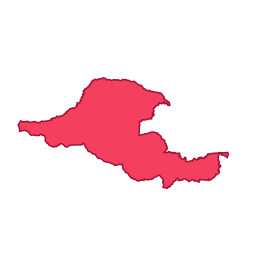 Paulesti, Vrancea, Romania, rotated 22°
{"feature_id": "2599482B74824267057169", "entity_name": "Paulesti", "entity_type": "district", "adm_level": 2, "iso_a3": "ROU", "parent_name": "Romania", "parent_adm1": "Vrancea", "projection": "robinson", "projection_center": [26.578, 45.893], "detail": "fine", "context": "isolated", "style": "filled", "palette": "rose", "viewbox_px": 256, "rotation_deg": 22, "n_neighbors": 0, "source": "geoboundaries", "source_scale": "gbopen_adm2", "svg_char_len": 5933}
<svg xmlns="http://www.w3.org/2000/svg" viewBox="0 0 256 256"><g transform="rotate(22 128 128)"><path d="M186.6,169.5L187.0,168.9L187.1,167.8L187.7,167.7L187.5,167.4L187.7,167.0L188.3,167.0L189.0,166.3L188.8,165.3L189.3,164.7L189.5,164.0L190.3,163.4L190.0,162.4L190.4,161.1L190.2,160.9L191.8,159.0L192.0,158.3L191.8,158.1L192.6,155.9L194.0,156.8L194.2,157.8L194.9,157.8L196.4,156.5L197.3,156.5L199.0,154.3L199.8,153.9L201.9,154.2L202.9,154.0L204.6,154.9L205.4,153.6L207.5,151.6L208.6,151.3L209.3,152.4L211.7,151.4L212.7,151.4L213.3,151.7L214.0,151.5L213.7,151.1L213.8,150.3L213.6,149.9L214.0,149.9L214.0,149.6L213.6,149.6L213.5,149.3L214.7,149.1L215.3,148.4L216.8,147.8L218.8,147.5L219.3,147.1L222.1,146.4L221.7,146.0L221.7,145.2L223.7,145.5L224.6,144.2L225.0,143.0L226.4,141.7L226.9,139.4L226.9,138.6L227.4,138.3L226.9,138.0L228.5,137.0L229.0,136.4L229.4,134.8L228.2,134.0L228.6,133.6L228.4,133.2L227.2,133.1L227.4,131.7L227.3,130.9L227.8,130.0L227.0,129.7L227.3,129.2L227.8,129.4L228.3,128.7L227.5,128.0L225.9,128.0L225.8,126.4L225.2,124.9L223.9,124.2L222.4,120.6L222.4,116.9L223.8,117.2L224.8,118.0L227.3,117.5L229.0,117.6L231.0,118.3L230.9,114.9L229.7,113.3L226.0,115.2L221.7,116.7L220.0,118.0L217.9,118.8L214.1,120.9L212.7,122.3L212.6,121.4L212.3,122.4L211.7,122.3L211.6,122.5L211.8,123.1L211.4,123.9L211.3,125.2L210.6,125.2L210.2,125.7L210.6,126.4L209.0,127.5L209.3,127.8L207.6,128.4L207.1,127.7L206.2,128.8L205.9,128.4L205.6,128.6L205.8,129.0L204.6,129.2L204.7,129.6L204.4,130.0L205.2,130.5L203.9,131.3L204.0,131.6L203.7,132.0L201.3,131.4L201.1,131.9L200.5,131.8L200.5,132.6L199.8,133.7L200.3,134.3L200.2,134.6L199.1,134.7L195.9,136.8L194.2,137.4L193.5,136.6L193.8,135.7L192.8,134.6L192.6,133.9L191.4,134.1L191.7,135.7L191.1,136.3L189.2,136.5L187.8,135.7L188.0,135.4L187.6,135.1L186.8,135.0L186.9,134.7L185.9,135.1L186.0,132.9L184.9,132.1L181.9,133.7L181.2,133.2L180.3,133.4L179.9,134.0L179.1,133.9L179.1,134.7L178.3,134.3L177.3,134.7L176.3,134.4L175.7,134.8L174.9,134.6L174.9,135.1L174.3,135.1L174.2,135.5L173.5,135.9L173.3,136.4L171.9,136.5L170.8,137.0L172.2,132.4L171.5,132.0L171.5,130.9L170.1,130.2L170.1,129.8L169.7,129.6L169.3,128.6L167.6,127.8L166.9,126.1L165.4,125.4L164.4,125.3L163.9,125.6L163.1,125.3L163.0,124.7L162.3,124.3L161.7,123.3L157.7,122.2L157.6,121.7L157.3,121.5L155.7,122.0L153.4,122.1L151.5,122.9L147.9,125.9L146.3,127.0L145.8,127.0L145.6,127.5L143.3,129.1L141.0,130.5L140.4,129.5L138.8,124.2L137.9,122.0L138.0,121.4L137.6,120.2L136.1,118.4L136.3,117.6L136.5,117.3L137.2,117.5L137.8,117.0L138.0,115.8L138.4,115.6L138.0,115.3L139.0,114.6L140.8,114.2L144.1,111.7L146.5,110.6L146.5,110.2L145.6,109.4L146.8,107.5L145.9,106.5L147.2,106.3L147.3,106.0L146.8,105.4L145.2,104.8L145.6,104.3L145.9,103.0L145.0,102.3L145.1,101.8L144.5,100.8L144.9,100.3L144.4,99.9L144.8,98.8L145.3,98.5L145.2,97.8L145.8,97.2L145.9,96.5L147.6,95.5L147.4,94.6L148.1,93.6L147.7,93.0L149.8,93.0L150.5,92.6L150.6,92.1L151.2,92.2L151.6,90.5L152.7,91.1L153.2,91.8L153.9,91.5L153.9,90.8L154.5,90.2L156.1,91.6L156.2,92.0L156.6,92.1L158.2,91.3L157.8,90.4L156.6,88.9L155.3,88.3L153.6,88.2L151.2,87.5L149.8,87.6L150.2,86.2L149.8,85.7L145.7,83.4L144.6,83.5L144.6,84.0L142.1,83.8L140.9,84.5L137.4,84.9L136.2,85.4L134.1,85.1L134.0,85.6L133.6,85.8L132.6,85.6L130.3,86.2L129.1,85.4L127.7,85.8L125.4,83.9L124.5,83.9L124.0,83.5L122.6,83.9L120.8,83.8L116.4,82.4L113.0,84.0L111.1,83.5L109.2,84.2L108.5,83.7L107.6,84.3L104.8,85.0L104.0,86.6L102.7,87.0L100.3,87.1L99.5,88.0L98.5,87.9L95.8,89.1L95.1,90.1L92.7,90.0L89.7,91.4L88.7,90.4L86.2,90.8L84.4,92.7L83.4,92.8L82.3,94.1L81.2,94.4L81.0,95.1L79.0,95.2L78.5,96.8L77.8,96.9L77.9,97.2L76.8,98.4L77.2,99.5L76.8,100.2L76.8,101.5L76.0,102.0L76.7,104.0L75.6,104.4L75.5,105.3L74.8,106.2L74.6,107.4L73.6,107.7L73.0,109.5L72.8,111.0L74.1,111.4L74.1,112.2L73.4,113.5L74.0,113.4L74.4,113.7L74.0,114.0L74.1,115.2L73.8,116.0L74.1,116.6L73.3,117.2L74.0,117.9L74.0,118.4L73.9,119.2L73.3,119.6L74.2,120.6L73.7,121.3L73.5,122.5L73.7,123.0L71.4,124.0L72.2,124.7L71.6,126.1L72.4,126.5L72.0,126.7L71.9,128.1L70.3,130.2L69.4,130.0L68.6,130.5L68.5,131.1L66.7,132.1L66.7,133.3L65.8,134.3L65.8,135.1L65.1,135.5L64.8,136.3L65.4,137.1L64.6,137.4L64.6,137.8L63.9,138.2L63.6,138.9L63.8,139.4L63.3,140.5L62.5,140.9L62.5,141.6L60.4,142.3L59.8,143.6L57.7,143.6L57.4,145.1L57.1,145.2L56.8,145.9L56.3,145.8L55.7,146.3L55.7,146.7L55.1,146.7L53.7,147.9L54.2,148.7L53.4,148.9L53.7,149.4L53.6,149.8L52.8,149.9L52.6,150.4L50.8,151.3L49.9,152.4L48.5,152.6L48.0,153.4L45.4,153.9L45.1,154.6L44.3,155.3L44.2,155.8L42.6,156.9L39.9,156.8L38.5,157.2L36.8,158.5L34.5,159.6L32.2,159.4L29.8,161.0L29.0,161.1L28.5,161.8L25.8,161.5L25.0,166.3L25.8,167.3L27.1,168.0L28.1,170.6L28.7,171.1L28.8,171.6L33.3,168.7L34.3,168.9L35.0,168.5L36.9,169.2L37.6,169.1L39.5,170.7L40.9,171.0L42.4,170.1L45.5,169.4L47.1,168.9L47.5,168.3L48.6,168.2L48.9,167.3L49.7,166.4L51.2,166.8L53.5,166.4L55.2,168.3L56.1,171.1L57.0,171.3L58.7,172.5L60.1,172.6L61.5,173.6L64.9,173.6L66.6,173.4L67.6,172.2L68.5,172.2L69.2,170.6L70.4,170.2L70.4,168.9L71.3,167.9L73.0,167.4L74.9,167.9L76.9,168.9L79.1,168.2L80.0,166.5L81.0,165.5L87.9,162.3L90.5,161.5L92.0,160.2L92.0,159.3L93.2,158.9L95.9,161.8L97.7,162.7L100.0,164.5L100.5,164.6L101.4,164.0L105.2,165.2L107.4,164.8L111.2,167.2L115.4,166.7L118.1,167.9L121.4,167.6L122.5,167.0L126.3,167.2L127.5,166.8L129.6,167.6L131.9,166.4L133.2,165.0L134.3,164.9L136.4,163.7L136.7,164.0L136.6,164.7L138.0,166.3L138.4,167.6L142.1,169.6L142.4,170.1L144.6,169.9L147.7,172.2L150.2,173.3L151.7,172.8L152.5,173.3L154.1,173.0L156.5,173.6L157.8,173.1L159.1,171.7L160.6,171.1L161.4,170.2L162.2,170.5L162.0,169.7L162.4,169.6L162.2,169.8L162.5,169.9L163.1,169.0L165.2,168.9L169.1,166.6L170.3,165.5L170.7,164.1L172.8,162.3L173.2,161.4L174.5,160.2L175.6,160.3L177.0,161.3L179.3,162.1L180.3,164.0L180.8,164.2L180.4,165.0L180.6,165.6L180.9,165.6L182.5,167.2L182.5,169.3L182.8,169.9L183.7,169.6L186.6,169.5Z" fill="#f43f5e" stroke="#9f1239" stroke-width="1.5"/></g></svg>